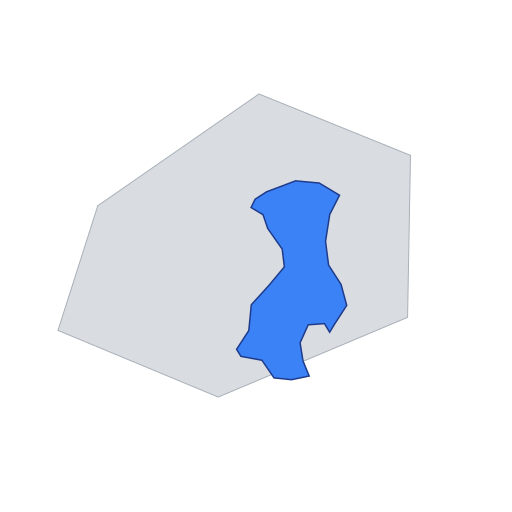 Borgo Maggiore highlighted on a map of San Marino, rotated 211°
{"feature_id": "SMR-4883", "entity_name": "Borgo Maggiore", "entity_type": "state/province", "adm_level": 1, "iso_a3": "SMR", "parent_name": "San Marino", "parent_adm1": "", "projection": "natural_earth1", "projection_center": [12.438, 43.942], "detail": "fine", "context": "in_parent", "style": "filled", "palette": "blue", "viewbox_px": 512, "rotation_deg": 211, "n_neighbors": 0, "source": "natural_earth", "source_scale": "10m", "svg_char_len": 687}
<svg xmlns="http://www.w3.org/2000/svg" viewBox="0 0 512 512"><g transform="rotate(211 256 256)"><path d="M336.9,396.4L175.4,421.8L94.5,281.5L215.8,115.6L387.4,90.2L417.5,217.6L336.9,396.4Z" fill="#d9dde1" stroke="#a8b0b8" stroke-width="1"/><path d="M148.6,180.5L161.8,168.3L177.8,160.8L197.2,169.7L217.2,162.2L224.6,166.0L223.8,188.4L234.9,211.8L229.7,238.0L226.1,261.3L237.1,275.4L260.1,285.6L271.2,295.0L285.2,295.0L286.0,304.3L280.0,316.5L260.8,340.8L239.4,351.1L215.7,351.1L214.2,329.6L203.9,304.3L189.1,285.6L168.4,275.4L152.8,260.4L153.6,237.0L153.6,228.6L162.5,233.3L175.8,223.9L173.5,204.3L161.7,190.3L148.6,180.5Z" fill="#3b82f6" stroke="#1e3a8a" stroke-width="1.5"/></g></svg>